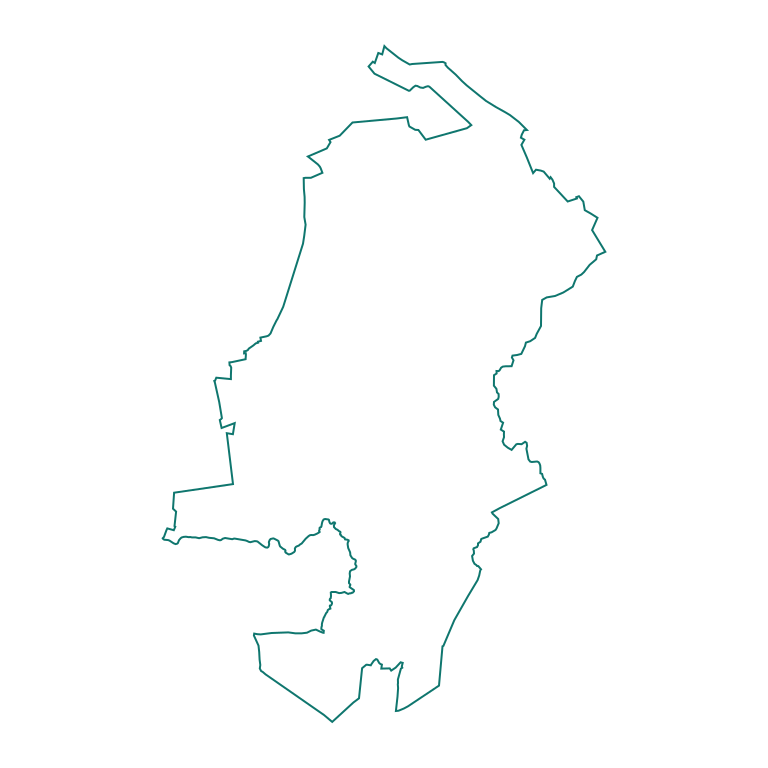 Coroneo, Guanajuato, Mexico
{"feature_id": "50627088B99692357017309", "entity_name": "Coroneo", "entity_type": "district", "adm_level": 2, "iso_a3": "MEX", "parent_name": "Mexico", "parent_adm1": "Guanajuato", "projection": "albers", "projection_center": [-100.395, 20.217], "detail": "fine", "context": "isolated", "style": "outline", "palette": "teal", "viewbox_px": 768, "rotation_deg": 0, "n_neighbors": 0, "source": "geoboundaries", "source_scale": "gbopen_adm2", "svg_char_len": 6096}
<svg xmlns="http://www.w3.org/2000/svg" viewBox="0 0 768 768"><path d="M403.9,708.5L408.0,706.3L439.0,685.6L442.5,646.3L443.4,645.9L454.3,620.2L468.0,596.1L477.6,580.1L479.2,575.5L480.1,571.1L480.6,569.7L481.0,569.3L478.3,566.1L477.1,566.0L476.4,565.1L474.5,563.8L472.9,560.7L472.1,556.0L474.0,553.6L473.8,550.6L473.3,549.3L473.7,548.3L477.1,547.0L478.0,545.2L478.0,543.4L480.5,541.7L481.2,539.1L482.1,538.6L487.8,536.6L488.9,534.6L489.3,532.9L491.6,532.3L495.5,530.0L496.5,528.5L498.7,523.2L498.2,519.0L492.6,513.7L491.9,512.4L500.0,508.0L546.5,484.9L545.0,479.7L543.6,478.5L542.8,476.7L542.1,473.9L540.4,473.3L540.4,467.8L540.2,465.4L539.4,463.3L538.5,462.1L537.1,461.5L531.8,462.0L530.2,461.6L528.5,459.4L526.4,448.7L527.1,445.8L526.6,442.8L525.1,441.8L521.6,444.2L517.8,443.9L516.3,444.3L511.6,449.9L507.8,447.7L504.1,444.7L502.6,441.3L504.0,437.2L503.9,434.5L504.0,431.6L500.8,429.6L503.1,422.7L500.5,421.0L500.0,418.7L498.3,414.9L498.0,409.5L495.1,407.3L493.8,404.7L494.0,401.9L498.2,398.9L498.7,396.8L498.6,394.0L497.0,392.4L496.4,388.8L493.9,385.7L494.0,375.2L496.6,373.5L496.5,371.0L498.6,371.1L499.6,370.3L501.1,367.7L502.8,366.6L505.5,366.3L511.6,366.2L513.5,360.3L511.9,357.5L512.5,355.6L517.1,355.0L521.3,353.9L525.0,346.2L525.9,342.6L530.2,341.2L535.1,337.9L536.7,333.9L541.0,326.0L541.2,308.2L542.2,299.9L546.7,297.4L555.0,296.0L563.3,292.5L572.8,286.6L574.9,281.1L576.9,276.9L581.3,274.6L584.0,272.1L589.7,264.8L596.2,259.3L597.0,255.5L605.3,251.8L592.1,230.1L597.5,217.8L590.5,213.4L584.8,210.2L583.3,201.6L578.9,196.2L576.3,197.2L576.9,198.5L567.7,201.5L554.1,186.9L554.1,183.5L552.4,179.6L550.6,177.2L549.7,178.7L543.7,171.6L540.8,170.6L536.0,169.7L533.1,173.1L526.8,157.4L521.4,144.9L524.4,139.7L520.9,137.7L521.8,134.6L524.0,130.3L526.9,130.0L518.9,122.0L510.0,115.1L505.5,112.4L496.0,107.1L486.1,101.0L479.8,96.0L466.6,85.3L462.0,81.1L455.7,74.6L447.9,67.7L445.5,65.0L445.6,63.3L443.9,62.3L442.6,61.9L412.2,64.0L409.7,64.5L402.3,60.3L398.4,57.7L386.5,48.3L384.4,46.1L382.2,54.4L378.3,53.0L374.8,63.0L372.8,61.7L368.6,66.5L374.5,73.7L408.9,90.8L409.8,90.6L413.3,87.2L415.5,85.7L417.3,86.0L420.3,87.5L423.1,87.9L426.0,86.7L428.0,86.2L429.4,86.7L468.2,121.9L471.3,125.1L466.9,128.2L425.7,139.7L418.4,130.0L415.2,129.8L409.4,126.5L408.8,124.9L407.1,117.2L396.7,118.5L352.5,122.5L339.7,135.7L329.1,139.9L330.5,142.1L326.8,148.4L307.9,156.5L317.9,164.4L319.8,166.6L320.7,168.3L322.4,172.8L310.9,177.8L305.4,177.8L303.7,178.1L303.9,189.0L304.6,196.9L304.7,202.7L304.3,217.0L305.6,224.7L304.2,236.0L303.0,243.7L283.2,306.8L277.3,319.3L276.6,320.3L273.3,326.9L270.5,333.5L268.5,335.6L266.6,336.3L260.4,337.6L261.0,340.9L257.9,341.7L258.1,342.7L255.7,343.4L253.4,345.4L248.8,348.6L247.8,350.1L246.3,350.9L244.2,351.3L244.1,353.4L245.7,353.2L245.9,354.6L245.6,359.2L232.0,362.1L229.4,362.4L229.6,365.2L230.6,366.1L231.2,367.6L230.9,375.4L230.9,379.1L216.3,377.7L215.0,380.8L214.3,381.0L214.9,382.6L219.2,402.0L221.9,418.1L221.2,419.0L219.8,420.0L221.6,428.0L234.7,423.1L232.9,434.2L226.8,433.2L233.0,484.1L174.1,492.7L173.0,508.7L176.1,511.6L174.5,526.1L175.3,526.7L173.8,530.2L167.3,528.4L166.4,530.3L164.0,536.9L162.7,538.3L163.0,538.8L164.2,539.7L168.2,540.1L169.5,540.6L173.6,543.3L175.6,544.1L177.1,543.7L177.8,543.2L179.0,540.2L180.6,538.3L181.6,537.5L183.6,536.9L185.9,536.7L189.0,537.2L190.0,537.0L192.0,537.4L195.6,537.4L199.1,538.2L202.6,537.3L206.0,537.1L209.1,537.8L214.1,538.3L218.1,539.9L220.0,540.3L221.1,540.0L222.8,538.7L225.1,538.0L232.2,539.2L234.0,538.6L234.8,538.6L245.4,540.4L246.9,540.9L249.0,541.9L250.3,542.2L254.6,541.1L256.2,541.2L257.5,541.5L262.1,545.2L265.1,547.2L266.0,547.5L267.4,547.6L268.3,547.0L268.8,546.0L269.2,543.9L268.9,542.7L268.9,542.0L269.7,540.0L270.6,539.0L273.2,538.4L274.0,538.6L277.7,540.5L278.5,541.2L279.8,545.8L280.2,546.5L282.9,548.7L285.0,549.8L285.4,550.3L285.5,550.9L285.2,551.8L285.8,552.7L288.6,554.4L289.2,554.4L291.5,553.7L294.2,552.0L294.7,551.3L295.0,550.5L294.9,548.4L295.7,547.1L296.5,546.5L298.8,545.6L300.0,544.5L301.7,543.5L305.7,538.7L308.7,536.0L310.0,535.2L311.2,535.0L313.2,535.1L314.7,534.7L317.3,533.5L319.6,532.1L319.6,531.7L319.1,531.0L319.2,530.3L319.7,529.5L319.5,528.1L320.1,527.4L321.1,527.0L321.4,526.4L322.0,523.1L322.5,521.3L323.6,519.5L325.1,519.0L328.5,519.5L328.9,519.8L329.4,521.9L329.9,523.0L330.3,523.5L331.1,523.8L332.3,523.5L333.3,522.4L334.6,522.4L335.1,523.1L333.9,525.3L334.0,527.1L335.8,529.0L337.5,529.8L339.1,531.2L340.3,531.8L340.5,532.8L340.0,533.9L340.2,534.6L341.0,535.1L341.2,535.8L341.8,536.4L344.5,537.9L345.1,539.4L347.3,539.7L348.6,540.3L348.7,541.0L347.9,542.2L347.6,543.9L347.7,544.9L348.2,548.0L350.1,552.3L350.4,555.3L352.1,558.0L352.9,558.6L355.1,559.6L355.8,560.4L355.8,561.5L355.2,563.9L355.3,564.4L356.4,566.0L356.4,566.9L355.3,568.5L353.9,569.4L352.0,569.8L350.3,571.0L350.0,571.5L349.7,573.5L350.0,576.4L349.0,581.5L349.0,583.1L350.3,584.6L350.3,585.0L349.7,586.4L349.7,587.2L353.9,590.1L354.0,591.3L352.9,592.5L352.4,592.8L351.6,592.8L350.9,593.3L349.3,593.4L348.4,593.9L347.8,593.8L344.5,592.0L341.4,592.9L339.1,593.1L335.7,592.0L331.6,592.0L330.8,592.5L331.0,596.0L330.7,598.2L329.9,599.0L329.7,600.0L329.8,600.4L331.9,602.2L332.0,603.6L331.2,605.3L329.9,605.6L329.8,606.1L330.4,608.6L328.8,609.3L327.8,610.1L327.2,612.0L325.9,613.4L325.7,614.1L324.7,615.9L324.5,616.7L323.9,617.3L322.2,622.6L321.9,624.1L321.9,625.9L321.5,627.0L321.3,629.0L321.9,629.6L323.8,630.7L323.6,632.8L322.9,632.7L319.9,631.5L315.9,629.6L311.2,630.6L307.0,632.7L301.9,633.3L295.1,633.3L288.3,632.4L271.6,633.0L260.8,634.4L257.4,634.2L254.2,633.6L253.9,635.5L258.5,645.6L259.2,652.0L259.6,659.6L260.3,665.0L259.8,668.5L261.1,671.0L262.8,672.0L265.6,674.4L324.0,715.0L332.2,721.9L353.4,702.5L359.0,698.3L362.1,668.2L366.2,664.8L366.9,664.7L370.8,665.3L371.4,664.2L373.7,660.9L376.0,659.1L377.3,659.6L379.2,663.0L380.4,664.0L381.9,664.6L381.3,668.6L389.7,668.4L391.2,670.6L395.7,667.6L400.6,662.3L402.7,662.9L401.8,666.4L402.3,667.7L400.9,668.6L397.9,679.5L398.0,683.2L397.8,684.2L398.1,688.1L397.5,696.7L395.9,711.0L398.6,710.7L403.9,708.5Z" fill="none" stroke="#0f766e" stroke-width="2"/></svg>